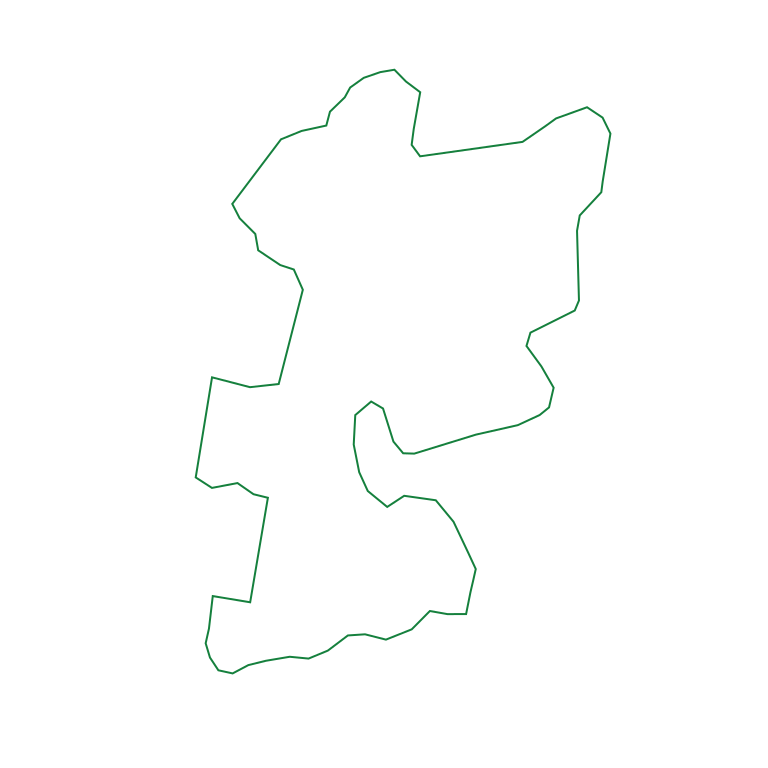 Muçum, Rio Grande do Sul, Brazil, rotated 280°
{"feature_id": "56859067B23552766420682", "entity_name": "Muçum", "entity_type": "district", "adm_level": 2, "iso_a3": "BRA", "parent_name": "Brazil", "parent_adm1": "Rio Grande do Sul", "projection": "albers", "projection_center": [-51.824, -29.14], "detail": "fine", "context": "isolated", "style": "outline", "palette": "green", "viewbox_px": 768, "rotation_deg": 280, "n_neighbors": 0, "source": "geoboundaries", "source_scale": "gbopen_adm2", "svg_char_len": 1191}
<svg xmlns="http://www.w3.org/2000/svg" viewBox="0 0 768 768"><g transform="rotate(280 384 384)"><path d="M130.1,392.1L134.2,408.8L132.6,430.3L147.2,453.9L168.4,468.6L168.4,486.5L171.7,504.8L194.0,505.3L206.9,506.0L217.7,506.5L232.5,496.2L260.4,476.4L278.5,455.2L277.4,423.3L263.5,408.5L275.8,386.6L292.8,374.9L319.1,364.7L348.4,361.1L364.5,374.4L359.7,387.3L328.9,403.3L319.1,414.9L320.7,425.9L350.1,483.3L366.7,522.9L380.5,542.7L389.6,550.6L409.8,551.7L428.6,536.0L446.2,517.7L460.0,519.3L489.5,559.1L500.1,561.5L568.4,547.5L584.0,547.5L610.6,564.7L621.4,564.2L669.9,563.5L684.3,553.0L691.8,535.9L675.4,507.3L665.8,498.0L646.5,478.4L614.5,380.0L624.3,369.7L640.3,369.0L677.6,369.0L685.7,353.1L695.3,339.7L690.5,326.2L682.0,310.9L670.1,299.2L659.5,295.6L642.8,283.5L628.5,282.3L618.9,258.9L607.1,240.1L535.0,203.3L522.1,213.1L509.4,231.2L493.8,236.9L483.1,261.2L481.1,275.3L462.7,287.7L365.7,280.3L357.6,252.6L360.7,213.5L259.3,214.8L251.8,232.6L261.0,256.9L252.8,274.6L251.8,289.4L145.8,290.1L145.4,252.2L112.7,254.1L97.7,253.4L84.4,260.1L73.3,270.6L72.7,285.2L83.6,299.2L90.9,315.7L99.0,338.5L100.5,357.4L111.7,375.0L130.1,392.1Z" fill="none" stroke="#15803d" stroke-width="2"/></g></svg>